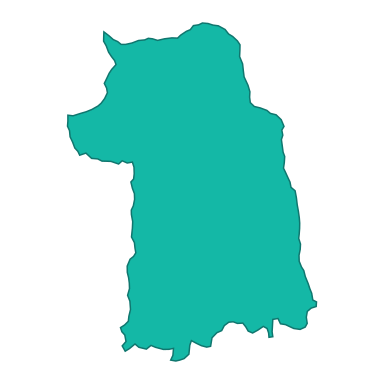 outline of Palmeira d'Oeste, São Paulo, Brazil
{"feature_id": "56859067B94234705646326", "entity_name": "Palmeira d'Oeste", "entity_type": "district", "adm_level": 2, "iso_a3": "BRA", "parent_name": "Brazil", "parent_adm1": "São Paulo", "projection": "natural_earth1", "projection_center": [-50.754, -20.439], "detail": "fine", "context": "isolated", "style": "filled", "palette": "teal", "viewbox_px": 384, "rotation_deg": 0, "n_neighbors": 0, "source": "geoboundaries", "source_scale": "gbopen_adm2", "svg_char_len": 2535}
<svg xmlns="http://www.w3.org/2000/svg" viewBox="0 0 384 384"><path d="M85.9,153.1L91.6,158.4L97.7,158.9L102.0,161.1L106.2,161.2L111.0,161.4L118.6,164.0L122.2,160.8L127.2,163.0L132.4,162.1L134.0,167.3L134.2,173.8L133.6,179.0L130.9,182.0L132.4,188.3L134.4,193.6L134.6,199.4L133.3,205.9L131.3,210.1L131.4,214.5L132.7,221.6L132.4,228.2L131.5,237.0L134.4,242.6L135.0,248.1L135.8,252.8L133.6,256.4L130.1,259.2L127.2,266.1L127.3,272.4L128.6,277.7L129.3,283.0L129.5,288.6L127.6,295.3L129.9,301.2L130.5,309.5L128.9,316.2L128.3,321.3L124.6,325.0L120.5,327.6L121.9,331.8L124.8,335.0L126.0,341.5L122.2,345.9L125.2,351.2L129.3,348.7L135.0,344.0L138.9,347.3L146.4,349.1L151.0,345.4L155.5,347.3L163.3,349.4L169.0,349.3L173.5,348.4L172.9,355.4L170.7,360.1L175.8,361.0L179.7,360.1L184.1,358.6L188.9,354.2L189.8,345.2L191.4,340.6L196.4,343.3L201.4,345.7L206.7,347.1L210.6,346.3L212.0,337.8L216.9,332.7L221.7,330.6L224.3,325.6L228.8,322.2L233.2,321.8L237.4,323.4L242.8,323.1L245.8,326.9L248.2,331.1L252.6,333.0L257.9,330.1L263.3,326.4L267.1,328.5L268.6,332.9L269.0,337.3L272.8,336.7L272.1,331.7L272.4,327.1L272.8,319.4L278.0,318.5L280.5,323.8L285.5,324.6L289.7,326.6L293.8,328.5L300.1,329.4L305.2,327.1L307.2,323.4L306.3,317.2L307.3,311.4L311.2,308.1L316.2,306.5L316.5,301.9L312.8,300.0L311.7,293.3L309.8,288.6L308.2,283.7L305.3,276.6L303.8,270.6L301.5,267.0L299.2,261.3L299.0,255.3L300.2,249.4L300.5,244.1L298.7,238.4L299.2,234.0L299.6,228.7L299.7,223.1L299.3,217.9L298.4,211.4L297.2,204.7L296.4,197.8L295.1,190.8L291.0,187.3L290.0,182.1L287.8,177.4L285.3,171.9L283.5,168.2L284.3,162.6L284.7,156.5L283.1,152.2L282.3,146.1L281.4,139.6L282.8,135.2L281.8,130.1L284.0,126.4L281.2,119.7L276.1,114.8L270.4,113.4L266.9,110.4L260.2,107.9L254.3,106.5L250.3,102.6L249.6,97.2L249.9,91.8L248.0,85.3L244.1,76.9L243.3,70.5L242.6,63.9L239.6,56.6L239.9,50.1L240.0,44.8L237.4,40.9L232.7,36.5L228.6,34.0L225.1,29.5L218.3,25.8L213.0,25.1L208.0,23.5L202.4,23.0L198.7,24.8L193.4,25.6L190.3,29.7L186.4,31.3L180.7,35.1L177.6,38.1L171.9,37.9L164.5,38.8L157.6,40.4L152.5,38.8L148.3,38.3L144.8,39.9L138.5,40.5L132.0,43.0L125.6,44.4L121.1,44.4L117.7,41.6L113.3,39.6L109.0,35.8L103.9,31.9L103.7,36.9L103.6,41.2L106.2,45.8L108.6,52.2L111.5,56.6L114.6,60.6L116.0,64.6L111.7,69.4L109.2,73.2L106.6,78.7L104.3,83.4L106.6,88.1L107.4,92.8L104.6,98.6L101.2,103.2L98.0,106.0L91.8,109.5L86.1,111.8L80.6,113.4L73.0,115.8L67.9,115.2L67.9,121.1L67.5,126.2L69.5,130.6L70.1,136.8L72.6,142.1L74.8,148.0L77.9,151.4L79.7,155.2L85.9,153.1Z" fill="#14b8a6" stroke="#0f766e" stroke-width="1.5"/></svg>